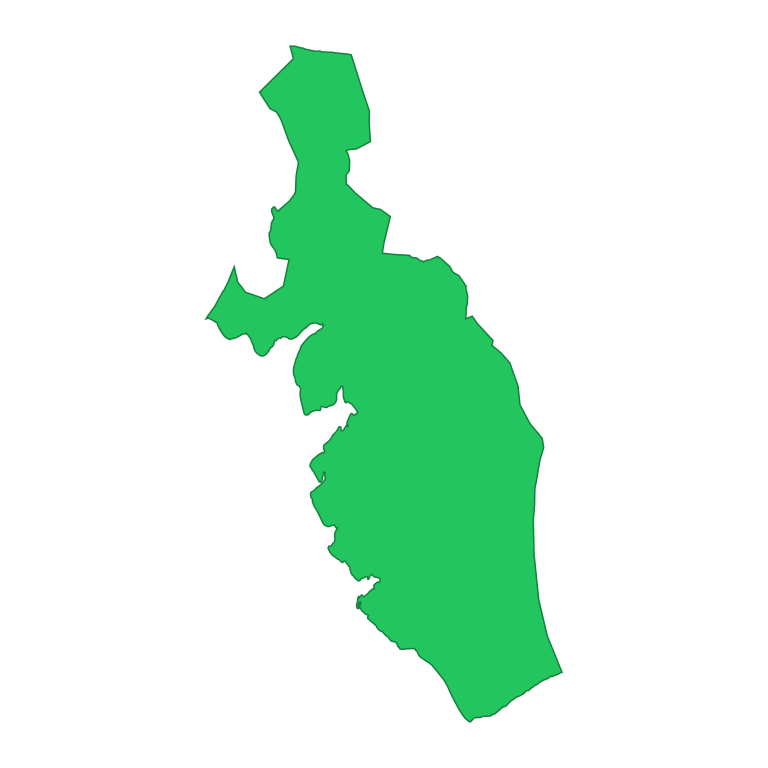 outline of Sorong Selatan, Papua Barat, Indonesia
{"feature_id": "22746128B99267537228675", "entity_name": "Sorong Selatan", "entity_type": "district", "adm_level": 2, "iso_a3": "IDN", "parent_name": "Indonesia", "parent_adm1": "Papua Barat", "projection": "equal_earth", "projection_center": [132.035, -1.666], "detail": "fine", "context": "isolated", "style": "filled", "palette": "green", "viewbox_px": 768, "rotation_deg": 0, "n_neighbors": 0, "source": "geoboundaries", "source_scale": "gbopen_adm2", "svg_char_len": 6104}
<svg xmlns="http://www.w3.org/2000/svg" viewBox="0 0 768 768"><path d="M351.2,54.8L347.2,54.0L336.3,53.0L332.3,52.3L322.4,51.9L320.0,51.1L315.0,51.2L304.9,49.1L303.3,48.1L301.7,48.1L294.9,46.2L290.1,46.1L293.4,58.7L259.5,92.2L270.1,108.7L276.5,112.0L279.6,117.0L281.9,121.9L288.6,140.5L298.5,162.3L296.2,175.2L295.5,191.1L295.3,192.3L293.9,195.1L289.2,201.3L279.2,209.9L278.0,211.3L276.6,210.1L274.6,206.9L273.2,207.3L271.7,209.1L271.7,211.9L273.8,217.1L273.6,218.8L273.0,220.3L272.1,221.5L271.4,223.3L270.8,229.9L269.1,233.4L269.3,236.6L270.3,243.2L272.3,246.6L274.3,248.9L276.1,252.5L277.3,257.8L279.2,258.3L280.6,258.2L282.0,258.8L284.6,258.7L285.3,259.1L287.6,259.2L289.0,259.6L283.4,286.1L264.3,298.8L245.4,292.2L242.0,287.5L237.6,282.0L236.7,277.3L235.7,273.9L235.2,270.9L234.2,266.8L228.1,282.0L223.9,290.3L222.8,291.6L214.8,306.3L207.8,315.9L206.0,318.8L208.3,318.2L211.0,319.3L217.2,323.0L217.6,324.9L218.8,327.4L220.8,331.1L223.2,334.6L224.5,336.3L226.9,338.2L229.7,339.5L236.3,337.6L242.8,334.1L245.9,333.6L246.6,332.5L246.5,333.9L247.6,334.6L249.4,336.9L250.7,339.0L251.9,342.3L253.3,345.0L254.0,348.5L255.6,351.8L257.5,353.8L258.9,354.8L261.0,355.9L262.1,356.0L263.8,355.7L265.6,354.6L267.3,353.1L269.0,350.6L270.2,348.2L272.2,346.8L272.9,346.0L273.9,343.9L274.3,341.3L275.1,340.5L276.1,340.8L277.7,338.8L279.0,338.3L280.2,338.5L281.0,338.1L281.5,337.1L284.8,336.6L286.1,336.9L288.0,337.8L288.8,338.7L289.8,339.0L291.5,339.1L292.4,338.9L296.6,336.7L298.6,334.8L302.4,330.5L304.9,328.3L306.5,327.5L307.3,326.1L310.0,324.2L312.0,323.4L314.7,322.9L316.8,323.1L319.9,324.7L321.9,324.9L322.7,323.8L323.4,325.5L322.1,328.4L319.0,330.1L314.7,333.7L313.8,333.9L312.1,334.7L309.8,336.2L306.1,340.0L301.9,345.0L300.9,346.8L299.7,350.4L297.4,355.2L297.0,357.5L296.4,358.3L295.9,359.5L293.6,368.1L293.4,370.9L293.6,373.9L293.9,375.3L295.2,378.5L295.6,381.6L297.2,385.0L299.5,386.3L300.5,388.2L300.6,389.3L300.1,392.5L300.2,396.0L300.9,400.1L304.1,413.3L304.5,414.2L305.6,415.0L307.6,414.9L308.8,414.2L311.3,411.9L312.9,411.0L317.9,410.1L319.9,410.6L320.7,409.5L320.7,408.1L321.0,406.9L321.7,406.3L324.2,407.2L326.0,407.5L327.0,407.3L329.0,406.1L331.8,405.4L334.0,404.1L334.9,403.2L336.0,401.4L336.6,399.3L336.6,394.4L337.3,392.0L338.0,390.8L340.1,388.5L341.0,386.4L342.6,386.6L343.3,391.2L343.4,397.1L345.0,402.1L346.1,402.8L346.7,401.9L347.5,401.8L351.7,404.1L355.0,408.1L357.7,412.2L357.0,413.1L355.2,414.6L354.1,415.1L353.2,415.0L352.5,413.9L351.3,413.5L350.6,414.2L347.0,422.2L347.0,423.4L347.8,424.3L348.2,425.5L348.0,426.6L346.5,425.2L343.6,429.9L342.6,430.7L341.0,430.6L340.9,427.2L339.6,426.7L338.8,427.0L337.0,430.6L335.9,432.0L332.6,435.4L330.7,439.0L329.4,440.6L324.4,444.6L323.6,446.1L323.5,447.3L323.6,448.7L324.6,450.8L324.5,452.2L323.6,452.8L322.7,452.4L321.3,453.1L318.6,454.7L313.9,458.6L312.6,459.9L311.0,462.5L309.9,465.4L310.2,466.7L311.1,467.7L312.3,470.2L313.6,471.7L319.1,481.6L320.4,482.4L321.2,481.8L321.9,480.4L323.0,474.6L323.4,473.3L324.1,472.0L325.1,473.0L324.6,475.8L325.5,477.2L324.8,479.8L321.3,484.3L316.0,488.3L313.6,491.0L311.4,492.0L310.7,492.8L310.5,495.2L310.9,497.0L311.6,498.2L312.4,499.0L312.4,501.5L313.7,505.2L315.5,508.6L317.0,510.6L322.9,522.9L324.3,525.0L327.9,526.6L329.9,526.4L331.2,525.5L332.8,525.5L334.2,525.0L336.2,527.8L337.3,528.0L335.3,531.9L334.6,533.9L335.0,539.2L334.8,540.5L334.1,542.3L333.0,543.2L331.2,545.9L330.4,546.2L329.3,546.0L328.5,546.6L328.1,548.0L329.0,550.4L330.6,553.1L332.3,555.1L337.7,559.1L339.6,560.0L341.9,562.5L342.7,562.4L344.3,561.0L345.2,561.3L348.4,565.8L349.1,566.4L350.0,567.9L349.9,569.2L351.1,573.1L352.3,575.0L353.3,575.9L354.7,577.9L357.8,580.6L358.7,581.0L360.0,580.3L360.6,579.1L364.9,577.2L365.9,576.4L366.7,576.6L367.7,577.2L367.6,579.1L368.5,579.3L369.3,578.0L369.5,576.7L370.2,575.7L371.0,575.0L372.3,574.6L373.6,576.4L374.8,577.1L377.6,577.4L380.0,578.7L380.1,580.4L379.0,582.6L378.1,582.0L377.3,582.1L374.1,584.9L373.8,586.4L374.3,589.1L372.4,589.0L371.0,590.5L370.1,590.8L368.0,593.4L364.0,596.7L363.2,596.4L362.6,595.5L361.5,594.9L360.7,596.2L359.8,596.7L359.3,597.5L358.7,596.6L358.0,597.6L357.5,601.4L356.5,605.1L356.6,606.2L357.1,608.0L357.9,608.7L359.1,608.3L358.3,604.7L358.8,603.6L359.6,604.2L359.9,602.0L360.7,602.0L360.7,603.8L360.1,605.2L359.9,606.4L360.1,608.0L362.2,611.1L363.4,612.3L365.5,614.1L368.5,615.4L367.5,617.4L367.8,618.6L376.3,625.9L376.8,627.3L379.0,630.0L380.3,630.9L382.3,631.7L385.8,635.6L388.2,637.2L389.8,639.6L391.1,641.0L395.5,642.1L396.5,643.1L397.1,644.1L397.9,646.7L399.0,647.0L399.7,648.8L400.7,649.2L403.8,649.3L406.7,648.7L409.4,648.8L411.8,648.4L413.2,648.7L415.0,648.6L415.7,650.4L416.5,650.9L417.4,652.0L418.3,653.8L418.6,655.0L419.6,656.3L422.1,658.3L428.6,662.5L432.1,665.3L444.1,680.1L447.5,686.2L451.6,695.4L458.5,708.5L462.4,714.6L464.9,718.0L468.2,720.9L469.9,721.9L470.9,721.6L471.5,720.7L474.3,718.0L475.2,717.6L479.8,717.5L481.4,717.2L482.7,716.3L483.5,716.2L487.8,716.2L490.9,715.9L492.0,714.3L492.9,714.6L495.3,713.5L501.9,707.8L502.8,706.8L503.8,706.9L506.0,706.0L509.9,701.8L515.7,697.5L520.2,695.6L524.0,693.3L525.1,692.3L526.2,690.7L528.6,690.5L531.2,688.1L533.2,686.9L535.1,685.2L536.7,684.7L539.7,682.3L543.6,680.1L548.8,678.1L549.3,677.0L550.1,676.5L552.5,676.5L554.1,675.6L558.4,674.1L560.6,672.6L562.0,672.3L547.3,636.0L538.7,599.7L534.0,553.7L533.3,519.7L534.6,504.4L534.8,489.5L535.6,484.2L535.8,484.2L539.8,460.6L543.7,447.5L542.2,438.3L530.1,423.8L520.0,404.9L518.0,386.0L509.8,362.9L501.5,353.4L492.0,345.4L493.0,340.5L477.1,323.3L472.3,316.2L465.6,318.8L465.8,318.0L466.2,311.9L466.1,308.6L467.2,304.1L467.7,296.1L465.9,288.5L466.1,285.9L465.1,285.5L464.8,284.2L458.9,275.6L453.0,272.3L449.6,266.3L440.7,258.4L437.5,256.4L429.6,260.0L426.4,260.3L423.4,262.0L423.1,261.4L419.9,260.3L416.3,257.8L414.1,257.9L410.3,256.8L409.8,255.4L394.3,254.5L382.3,253.2L384.0,242.8L390.3,216.6L380.6,209.5L372.8,207.8L355.1,192.9L347.9,185.2L346.3,184.5L346.0,175.3L349.3,170.8L349.7,160.4L348.0,154.1L346.1,150.6L348.3,149.7L356.4,148.9L370.4,141.6L369.2,122.7L369.4,111.1L363.0,92.1L351.2,54.8Z" fill="#22c55e" stroke="#15803d" stroke-width="1.5"/></svg>